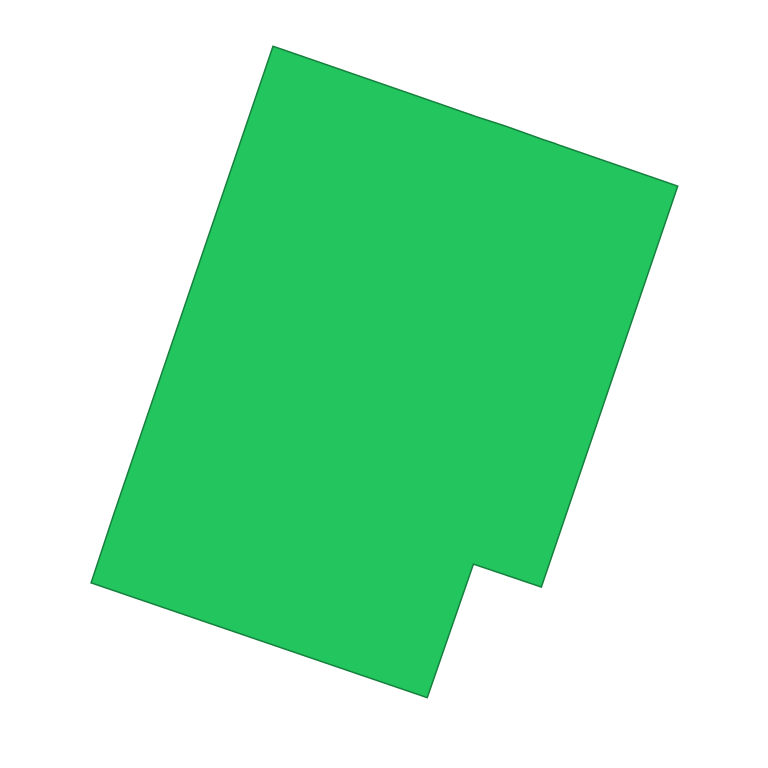 Paulding, Ohio, United States of America (Albers equal-area conic projection), rotated 109°
{"feature_id": "52423323B38130377602201", "entity_name": "Paulding", "entity_type": "district", "adm_level": 2, "iso_a3": "USA", "parent_name": "United States of America", "parent_adm1": "Ohio", "projection": "albers", "projection_center": [-84.657, 41.121], "detail": "fine", "context": "isolated", "style": "filled", "palette": "green", "viewbox_px": 768, "rotation_deg": 109, "n_neighbors": 0, "source": "geoboundaries", "source_scale": "gbopen_adm2", "svg_char_len": 375}
<svg xmlns="http://www.w3.org/2000/svg" viewBox="0 0 768 768"><g transform="rotate(109 384 384)"><path d="M101.3,170.7L101.3,170.8L101.1,298.7L100.9,299.8L101.1,313.8L100.6,353.0L101.2,384.1L101.0,436.4L100.8,566.1L100.8,598.9L596.7,597.1L667.4,596.2L666.7,311.8L666.5,241.0L525.2,240.8L524.8,169.1L101.3,170.7Z" fill="#22c55e" stroke="#15803d" stroke-width="1.5"/></g></svg>